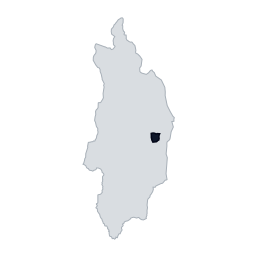 Sevrei, Ömnögovi, Mongolia shown in context, rotated 267°
{"feature_id": "93677404B27006203357134", "entity_name": "Sevrei", "entity_type": "district", "adm_level": 2, "iso_a3": "MNG", "parent_name": "Mongolia", "parent_adm1": "Ömnögovi", "projection": "equal_earth", "projection_center": [102.849, 43.72], "detail": "fine", "context": "in_parent", "style": "filled", "palette": "ink", "viewbox_px": 256, "rotation_deg": 267, "n_neighbors": 0, "source": "geoboundaries", "source_scale": "gbopen_adm2", "svg_char_len": 4162}
<svg xmlns="http://www.w3.org/2000/svg" viewBox="0 0 256 256"><g transform="rotate(267 128 128)"><path d="M18.4,106.4L19.2,106.3L20.5,105.5L20.7,104.5L21.2,103.9L24.2,103.6L25.5,103.9L25.8,103.2L26.0,103.1L26.7,103.7L27.4,103.4L27.9,103.2L28.4,102.3L29.4,102.5L31.3,101.6L31.3,100.0L32.0,99.6L33.6,99.3L33.9,98.5L34.2,98.3L35.4,98.1L37.4,97.3L38.4,97.2L39.1,96.5L41.0,95.6L43.6,95.1L43.9,94.7L46.4,93.2L49.0,93.1L49.8,91.9L50.2,91.8L51.9,93.3L52.7,93.1L53.0,92.5L54.0,92.5L54.4,93.5L55.0,94.0L62.7,94.4L62.9,94.8L63.3,97.2L64.6,98.4L64.9,98.9L67.1,98.8L68.2,99.7L70.1,99.6L71.0,99.9L72.8,99.0L73.3,99.0L73.8,99.5L74.7,99.1L76.3,100.0L77.6,99.8L78.2,100.2L79.0,99.9L80.9,100.1L82.3,101.4L83.3,101.4L84.6,100.5L84.9,99.9L86.7,99.6L87.8,99.0L88.5,98.5L89.5,96.5L89.8,94.6L88.9,94.3L88.1,93.6L87.7,92.6L87.6,91.8L86.8,90.7L86.9,90.2L87.5,89.2L87.7,87.7L88.4,86.8L89.6,86.3L89.7,85.7L90.5,84.6L92.5,83.9L93.6,82.5L94.2,81.2L95.1,81.9L97.6,82.8L99.7,83.3L101.0,84.2L104.6,84.5L110.7,86.8L111.9,86.7L115.5,87.6L115.8,88.0L115.8,89.7L116.1,90.2L116.2,92.1L116.9,93.0L116.7,94.1L117.0,94.5L117.9,94.6L119.3,95.8L122.5,96.6L123.5,97.4L125.7,97.9L126.8,97.6L128.7,97.8L129.4,97.7L130.6,96.8L131.3,96.5L135.5,95.8L136.7,95.2L137.5,95.1L140.8,95.7L143.1,96.5L146.4,96.5L148.0,97.4L148.7,98.4L150.0,99.2L154.6,99.6L154.8,99.8L154.8,101.8L155.0,102.1L158.1,104.3L159.5,105.0L163.7,104.9L170.3,106.3L171.9,105.9L173.3,106.6L173.8,106.5L178.0,104.7L178.6,104.8L183.0,104.1L185.7,103.2L187.8,103.2L189.5,102.4L190.1,100.9L192.7,99.1L197.4,96.8L200.5,97.1L202.3,97.9L204.2,99.6L205.3,100.0L207.3,100.2L210.0,99.0L211.5,99.3L212.9,99.8L213.8,100.6L210.2,109.2L210.1,109.7L208.9,111.5L208.9,114.3L207.2,115.4L207.5,117.0L208.0,117.6L210.0,119.3L210.7,119.1L211.2,118.4L212.2,117.8L214.2,117.9L215.8,117.7L218.0,118.2L220.0,119.6L222.6,116.6L225.2,116.3L227.6,116.6L229.6,118.6L231.9,119.6L232.6,120.7L233.5,121.2L233.8,121.7L236.7,124.0L237.4,125.5L238.2,126.6L238.3,127.7L238.2,128.3L237.1,128.9L233.3,128.6L231.0,127.5L230.3,128.1L227.4,127.9L225.8,128.3L224.7,128.7L224.1,129.5L223.6,129.6L223.1,129.6L222.2,129.0L221.5,129.0L221.2,129.2L220.9,131.0L218.4,131.0L217.6,130.8L215.6,131.7L215.3,132.4L214.3,133.4L213.5,135.3L213.7,136.1L213.4,136.6L211.7,137.7L210.0,139.2L206.4,139.8L204.8,139.9L203.5,139.5L202.2,139.8L201.4,141.5L199.1,143.6L195.8,145.6L189.5,144.4L188.8,144.1L187.4,142.8L183.8,142.8L182.8,143.6L182.0,144.9L180.6,149.1L182.1,151.5L183.9,153.1L184.6,154.2L184.6,155.1L183.5,155.5L182.0,157.1L178.3,158.5L174.2,163.8L166.7,166.9L162.1,167.1L158.4,166.8L148.4,168.3L142.0,171.1L137.3,173.5L136.2,174.6L135.7,174.8L134.8,174.3L132.3,174.2L132.2,172.1L126.6,173.3L122.0,170.9L115.5,169.5L114.2,169.0L112.0,166.3L110.8,166.0L107.9,165.9L100.0,164.7L96.3,165.7L80.3,163.6L74.4,164.3L74.2,164.0L73.9,162.3L71.2,159.8L70.9,159.1L70.8,158.1L68.7,152.9L67.4,152.1L67.6,149.9L65.5,150.1L63.2,149.3L60.8,147.7L59.7,146.6L58.0,146.3L56.0,144.2L55.0,143.8L50.0,143.0L47.4,143.3L44.7,142.7L41.6,142.6L40.6,142.2L39.7,142.3L37.9,141.4L36.7,141.6L35.4,138.6L35.8,136.7L36.5,135.6L38.1,134.0L38.1,133.4L37.6,131.9L38.6,129.2L38.4,127.6L37.7,125.8L36.7,125.3L35.3,122.8L35.0,120.9L34.4,119.5L32.9,118.8L32.5,117.6L32.0,117.5L31.7,117.9L30.8,118.0L29.9,117.3L29.4,116.5L28.9,116.3L27.8,116.3L26.9,116.7L25.9,116.5L25.1,115.7L22.8,114.6L22.8,113.7L22.5,113.1L21.9,113.0L21.2,112.4L19.0,111.6L19.0,111.2L19.7,110.3L18.2,109.6L17.7,108.8L18.6,107.8L18.3,107.1L18.4,106.4Z" fill="#d9dde1" stroke="#a8b0b8" stroke-width="1"/><path d="M121.2,154.7L121.4,154.0L121.4,153.8L121.5,153.7L121.6,153.4L121.6,153.2L121.5,152.9L121.5,152.7L121.6,152.4L121.6,152.2L121.6,151.9L121.5,151.7L121.5,151.4L121.3,151.1L121.3,150.9L120.8,150.9L119.8,150.9L119.1,150.9L117.2,150.8L116.2,151.0L114.9,151.2L114.5,151.3L114.0,151.5L113.9,151.6L112.6,152.1L112.8,155.6L112.9,155.9L113.1,156.1L113.4,156.5L113.9,157.0L114.5,158.2L115.5,158.3L115.8,158.4L115.9,158.5L116.9,158.4L117.7,158.4L118.2,158.4L119.0,158.6L119.4,158.8L119.9,159.0L120.4,159.2L120.6,159.3L120.7,158.3L120.7,158.1L120.7,157.8L120.9,156.8L120.8,156.6L120.5,155.7L121.2,154.7Z" fill="#0f172a" stroke="#020617" stroke-width="1.5"/></g></svg>